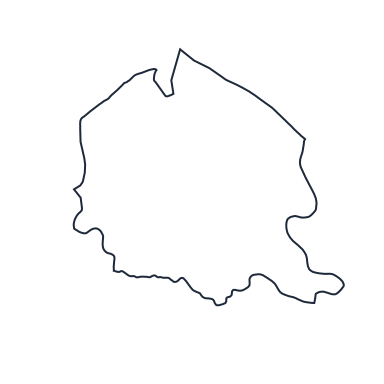 outline of Can Gio, Vietnam, rotated 164°
{"feature_id": "81297802B7702852417854", "entity_name": "Can Gio", "entity_type": "district", "adm_level": 2, "iso_a3": "VNM", "parent_name": "Vietnam", "parent_adm1": "", "projection": "orthographic", "projection_center": [106.861, 10.519], "detail": "fine", "context": "isolated", "style": "outline", "palette": "slate", "viewbox_px": 384, "rotation_deg": 164, "n_neighbors": 0, "source": "geoboundaries", "source_scale": "gbopen_adm2", "svg_char_len": 5804}
<svg xmlns="http://www.w3.org/2000/svg" viewBox="0 0 384 384"><g transform="rotate(164 192 192)"><path d="M68.7,211.7L71.7,216.0L72.8,218.1L74.3,220.4L76.7,224.5L78.4,227.8L79.8,230.2L81.0,232.2L81.7,233.5L82.5,234.9L82.9,235.7L83.6,236.7L83.7,237.0L84.5,238.3L86.1,241.2L88.1,244.5L89.0,246.2L91.8,250.9L101.5,263.2L105.1,267.9L105.3,268.1L109.2,272.7L114.3,277.9L119.5,282.8L123.2,286.0L126.5,288.8L128.6,290.7L129.5,291.8L131.2,294.0L141.0,306.1L153.9,317.9L164.1,332.4L181.1,305.1L182.8,291.5L185.3,291.0L189.3,290.7L190.9,291.4L191.7,293.4L196.7,307.6L197.5,308.9L197.7,310.1L197.4,311.4L196.4,313.9L195.5,315.7L193.4,318.4L192.6,318.9L192.6,319.4L192.9,319.8L194.4,320.7L199.2,321.1L207.5,320.4L211.4,320.4L213.6,320.2L215.3,319.8L217.1,318.9L219.8,317.4L222.1,316.3L223.3,316.1L224.3,315.6L225.6,315.5L226.5,315.5L227.2,315.4L228.9,314.3L235.7,310.6L243.1,307.1L245.3,305.7L246.2,305.0L247.6,304.5L248.8,304.2L251.5,303.7L254.3,302.6L257.1,301.7L267.0,297.8L268.2,297.3L273.6,294.9L275.1,294.3L277.0,293.7L278.0,293.1L278.7,292.5L279.2,291.8L280.1,290.3L280.5,288.9L281.0,287.5L281.4,285.5L281.7,284.9L285.3,270.9L286.2,254.4L287.1,248.0L289.7,240.2L294.1,232.0L297.5,229.1L304.7,227.1L300.6,217.2L301.9,208.8L302.2,206.7L302.8,205.4L303.1,204.7L304.1,204.0L307.3,202.4L309.1,201.1L310.9,199.4L312.5,197.5L313.4,196.0L314.0,194.9L314.5,193.8L314.9,192.6L315.0,191.7L315.3,189.7L315.3,189.1L312.6,186.2L311.5,184.9L309.7,183.5L307.2,182.0L305.3,181.6L303.9,181.9L302.0,182.7L298.9,183.7L297.2,183.9L294.9,183.7L293.5,183.1L292.4,182.2L291.3,180.8L290.5,179.3L290.0,177.3L289.6,175.3L289.7,173.5L289.9,173.1L290.1,172.7L290.6,171.2L291.4,169.1L292.4,166.1L292.8,163.6L292.8,161.9L292.4,160.3L291.6,158.6L290.9,157.6L289.9,156.6L287.0,154.9L285.7,153.7L285.0,152.7L284.6,151.8L284.5,151.3L284.6,150.6L284.9,149.4L285.2,148.5L285.5,147.8L286.1,146.4L286.7,144.8L287.2,143.4L287.6,142.5L287.9,141.6L288.2,140.3L288.4,139.4L288.8,138.0L288.7,138.0L288.4,137.7L287.9,137.3L287.2,136.7L285.9,136.0L285.2,135.6L284.6,135.4L284.1,135.3L283.6,135.3L283.2,135.3L282.6,135.4L282.2,135.4L281.7,135.5L281.3,135.3L281.0,135.2L280.7,135.0L279.6,133.8L278.5,132.4L276.9,130.3L276.2,129.5L275.6,128.9L275.0,128.5L274.6,128.2L273.7,127.8L273.0,127.6L272.3,127.5L271.6,127.4L271.1,127.2L270.5,126.8L269.6,126.0L268.9,125.3L268.3,125.1L267.6,124.9L267.1,124.9L266.0,124.9L263.7,124.5L262.3,124.1L258.8,122.9L257.6,122.3L256.6,121.9L256.0,121.7L255.4,121.7L254.5,122.0L253.6,122.2L252.6,122.3L252.0,122.3L251.3,122.2L250.9,122.1L250.6,121.9L250.1,121.5L249.7,121.0L249.3,120.5L248.9,119.9L248.2,119.4L247.6,119.2L247.0,119.1L246.5,119.1L246.1,119.1L245.4,118.7L244.2,118.0L243.2,117.5L242.4,117.2L240.8,116.8L239.6,116.5L238.5,116.0L237.6,115.3L236.6,113.7L235.5,112.4L234.7,111.2L234.2,110.7L233.5,110.3L232.9,110.2L231.9,110.1L231.0,110.2L230.2,110.5L229.4,110.9L228.7,111.3L227.9,111.7L226.9,112.1L226.2,112.3L225.4,112.2L224.7,112.0L224.2,111.6L223.4,110.3L222.2,107.8L219.7,100.9L218.5,98.2L217.8,97.1L216.9,96.2L216.1,95.5L214.4,94.1L213.2,93.2L212.9,93.0L212.3,92.4L212.0,91.5L211.4,89.7L210.8,88.4L209.9,87.4L208.9,86.5L208.1,86.1L207.0,85.7L205.9,85.3L205.2,85.1L204.8,84.9L203.8,84.4L202.6,83.8L201.3,82.6L200.9,81.3L200.8,80.5L200.8,79.7L200.7,79.0L200.5,78.4L200.2,77.6L200.1,77.2L199.8,76.7L199.5,76.4L198.8,76.1L197.6,75.8L196.4,75.7L193.0,75.7L191.9,75.9L190.9,76.0L190.6,76.1L190.1,76.4L189.6,77.1L189.3,77.5L189.0,78.0L188.8,78.9L188.5,79.8L188.2,80.4L187.5,80.8L187.1,81.0L185.9,81.0L185.0,80.9L184.4,80.9L183.4,81.4L182.6,81.8L182.3,82.2L181.9,82.9L181.5,84.0L181.0,85.1L180.4,85.9L179.6,86.4L178.9,86.5L178.4,86.3L177.2,85.9L175.5,84.9L174.0,84.2L172.7,83.8L171.7,83.6L170.4,83.6L169.0,83.8L167.6,84.1L165.6,84.7L164.4,85.1L162.7,86.2L162.5,86.5L162.1,87.4L161.7,88.5L161.3,90.2L161.0,91.6L160.5,92.8L159.9,93.5L158.7,94.5L157.6,95.0L156.7,95.3L156.0,95.3L154.8,95.3L153.0,95.0L151.0,94.7L149.5,94.2L148.2,93.5L146.7,92.4L143.2,88.5L141.0,85.9L139.9,84.6L137.9,81.5L137.5,80.6L137.0,78.9L136.6,77.4L136.2,75.7L135.9,74.6L135.0,71.8L133.5,69.7L131.3,67.8L127.7,65.2L123.5,62.9L121.3,61.2L120.5,60.4L119.6,59.6L116.8,57.3L115.2,56.0L113.9,55.3L112.3,54.5L108.0,52.6L105.1,51.6L103.9,53.8L103.5,54.7L102.8,56.1L101.3,59.6L100.9,60.0L100.2,60.3L99.3,60.4L98.6,60.6L97.7,60.7L96.9,60.7L96.3,60.7L95.7,60.6L94.7,60.4L93.8,60.2L93.1,59.9L92.4,59.6L90.2,58.2L86.8,55.9L85.6,55.2L85.0,54.9L84.4,54.7L83.6,54.5L82.4,54.2L80.8,54.5L78.8,55.3L76.2,56.7L74.4,58.0L72.9,59.1L72.3,59.6L72.0,60.1L71.9,60.4L71.7,60.9L71.7,61.3L71.6,61.9L71.7,62.3L71.7,63.0L71.8,63.7L71.9,64.1L72.2,64.9L72.6,65.7L73.3,67.0L74.0,68.2L74.6,69.0L75.4,70.0L76.3,71.1L77.5,72.4L78.7,73.6L79.7,74.3L81.4,75.2L82.1,75.4L82.4,75.5L83.6,75.8L83.9,75.9L85.9,76.4L87.4,76.9L88.1,77.1L92.2,78.8L95.2,80.3L97.7,81.8L99.1,83.2L100.0,84.5L100.4,85.0L100.5,85.2L100.6,85.4L100.8,86.6L100.9,87.6L101.0,89.1L100.8,90.4L100.7,91.9L99.8,97.0L99.8,100.4L100.6,103.5L101.5,106.1L103.4,109.4L105.4,112.7L106.5,114.2L107.6,115.9L108.4,117.1L108.5,117.3L110.0,120.6L110.5,122.1L110.9,123.7L111.3,125.6L111.5,126.5L111.4,129.5L111.2,131.2L110.8,133.1L110.3,134.8L109.5,136.8L109.3,137.1L108.6,138.4L107.3,139.7L105.8,140.3L104.6,140.7L103.5,140.8L102.1,140.7L100.4,140.7L99.0,140.3L96.7,139.0L94.1,137.4L93.8,137.3L92.0,136.7L90.7,136.4L88.8,136.1L88.0,136.1L86.9,136.0L85.7,136.2L84.1,136.8L83.5,137.1L82.4,137.7L81.9,138.0L81.3,138.3L80.6,138.8L80.0,139.1L79.5,139.5L79.0,139.9L78.6,140.2L78.1,140.6L77.9,140.9L77.1,142.4L76.5,144.2L75.9,145.4L75.4,146.9L75.0,149.0L74.8,151.8L74.8,152.8L74.9,153.7L75.2,156.8L75.8,159.7L75.8,159.9L78.8,174.3L80.6,186.0L80.5,188.3L80.2,190.2L79.6,191.9L79.1,193.3L78.0,195.2L76.8,197.0L74.8,200.0L73.7,202.2L72.2,205.4L71.1,207.8L70.4,209.7L69.4,211.0L68.7,211.7Z" fill="none" stroke="#1e293b" stroke-width="2"/></g></svg>